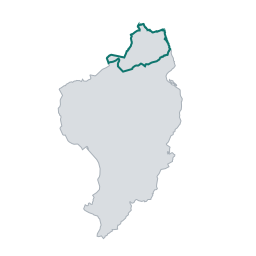 location of Sistan and Baluchestan within Iran, rotated 242°
{"feature_id": "IRN-3247", "entity_name": "Sistan and Baluchestan", "entity_type": "Province", "adm_level": 1, "iso_a3": "IRN", "parent_name": "Iran", "parent_adm1": "", "projection": "mercator", "projection_center": [61.271, 28.254], "detail": "fine", "context": "in_parent", "style": "outline", "palette": "teal", "viewbox_px": 256, "rotation_deg": 242, "n_neighbors": 0, "source": "natural_earth", "source_scale": "10m", "svg_char_len": 8098}
<svg xmlns="http://www.w3.org/2000/svg" viewBox="0 0 256 256"><g transform="rotate(242 128 128)"><path d="M130.2,77.6L132.6,77.7L137.2,76.2L137.6,75.8L139.0,72.7L140.5,71.3L143.2,69.6L145.0,69.0L151.2,69.3L151.7,68.0L152.7,67.3L159.4,67.7L160.4,68.7L160.8,70.5L166.4,72.1L167.6,72.6L168.9,73.9L170.1,74.3L171.5,73.7L172.4,74.1L173.9,73.8L178.2,75.7L178.8,77.7L179.6,78.6L180.5,79.4L184.0,81.0L185.0,81.8L187.5,85.5L194.4,85.4L194.9,86.2L194.8,87.7L195.3,91.4L194.7,92.8L195.6,94.0L195.5,96.3L195.8,97.9L195.1,100.1L194.3,100.5L194.7,102.4L194.0,104.3L194.1,105.0L193.0,106.6L192.9,107.2L190.9,108.7L192.4,110.8L190.2,111.0L188.8,113.3L189.1,116.0L188.8,117.4L189.0,118.2L189.6,118.7L192.5,119.2L192.6,119.6L189.4,123.5L189.6,125.0L191.8,132.9L191.5,136.9L191.8,140.9L199.3,142.0L200.1,143.1L200.6,145.3L200.6,146.9L200.4,147.8L192.0,157.8L196.2,162.8L196.4,163.9L198.9,168.7L201.3,171.2L205.4,172.6L207.3,174.4L209.0,174.3L208.9,176.8L209.5,181.8L209.0,184.2L210.4,184.6L212.7,184.3L213.5,184.7L213.9,185.6L213.4,186.0L213.4,188.0L212.9,188.5L212.6,190.3L209.3,190.4L206.2,191.2L205.1,191.9L204.4,193.2L203.4,193.1L203.1,193.6L200.9,194.5L200.1,198.3L199.3,199.3L198.6,204.7L198.1,204.7L197.0,205.7L190.4,203.9L189.7,202.6L189.0,202.4L188.0,203.6L184.7,202.9L183.5,203.1L182.8,202.7L181.0,202.7L179.6,201.9L175.9,202.6L173.7,201.2L171.3,200.8L168.4,200.8L166.0,199.8L164.8,200.2L164.2,199.5L160.7,198.9L159.5,196.4L159.5,195.2L158.6,193.1L158.3,190.0L157.5,187.8L156.0,185.9L151.9,184.8L149.8,185.4L148.2,186.5L145.6,187.1L143.6,189.1L142.5,189.0L137.7,191.8L136.7,191.7L133.1,189.9L131.5,189.5L128.3,189.6L126.5,188.3L126.1,187.4L121.9,185.4L119.3,183.6L118.5,181.9L117.3,180.6L114.8,179.6L113.4,178.5L109.4,178.1L106.7,175.4L106.6,174.6L105.0,171.6L104.7,169.4L104.4,168.8L103.0,167.9L102.8,167.4L103.1,166.0L101.3,165.1L101.0,164.5L101.0,162.3L96.8,157.2L95.9,154.3L95.1,154.2L91.3,156.1L90.2,155.0L86.8,153.2L86.4,152.5L87.2,152.2L88.0,152.5L88.5,152.1L88.3,151.5L87.5,151.1L86.4,151.1L86.7,151.7L85.6,152.3L85.4,153.0L85.6,155.1L85.2,155.7L83.4,156.1L82.3,156.8L81.3,156.0L81.0,154.4L80.4,153.4L79.4,153.1L78.7,152.1L77.6,151.6L77.5,146.1L74.6,146.0L74.6,141.8L75.9,137.7L73.1,134.0L71.8,131.1L71.0,130.6L69.6,130.6L64.7,126.8L62.9,125.7L60.6,125.4L60.3,124.1L60.9,122.5L59.8,120.6L59.4,120.0L58.4,119.7L58.5,118.5L57.2,118.6L54.9,115.1L54.2,114.6L55.5,112.0L54.6,109.8L55.1,108.0L56.3,108.1L56.7,105.7L58.9,103.2L60.8,102.1L61.0,101.3L60.6,100.0L59.4,98.3L59.5,96.8L59.9,96.1L61.9,95.3L62.0,95.0L61.1,94.5L57.6,94.5L55.7,92.8L53.9,92.3L52.8,88.6L52.5,88.1L51.7,88.0L51.1,87.3L50.8,84.8L49.6,83.7L48.6,79.9L48.5,79.0L48.8,78.2L46.9,76.5L46.6,74.0L47.0,73.4L44.7,71.6L43.7,71.5L43.6,71.2L45.1,67.3L45.8,66.4L44.4,65.8L44.4,63.8L44.0,62.2L44.2,60.7L43.3,59.5L43.0,58.8L43.3,57.1L42.4,56.3L41.9,54.4L45.2,53.9L45.8,51.1L47.0,49.9L49.0,51.3L51.9,55.9L53.7,57.2L54.9,58.7L61.1,60.3L62.4,59.8L64.5,59.9L67.2,57.1L68.4,56.7L71.5,53.9L75.4,51.3L77.4,50.9L80.3,54.2L78.6,55.2L78.3,56.0L78.5,56.8L79.9,57.6L80.0,58.6L79.6,59.0L77.9,59.5L77.4,60.5L79.2,61.9L80.1,63.2L81.1,63.5L82.7,65.5L85.2,65.2L85.7,70.0L87.1,73.9L89.7,75.6L96.4,76.9L97.2,77.6L98.3,79.8L100.0,81.3L105.2,84.3L111.0,85.7L114.8,85.6L128.9,82.2L130.2,82.2L128.1,83.1L128.9,83.4L130.7,83.4L131.1,83.1L131.1,82.5L130.2,77.6ZM150.4,187.6L149.6,188.8L148.4,189.8L147.4,189.5L143.6,191.0L142.6,190.9L142.5,190.4L146.7,188.7L146.8,188.3L146.6,187.4L147.9,187.7L149.4,187.0L150.7,186.8L151.3,187.3L150.4,187.6Z" fill="#d9dde1" stroke="#a8b0b8" stroke-width="1"/><path d="M198.8,142.0L199.3,142.0L199.5,142.1L199.7,142.3L200.0,142.7L200.0,142.9L200.0,143.3L200.0,143.5L200.3,144.1L200.4,144.4L200.4,144.7L200.4,144.8L200.6,145.1L200.7,145.5L200.7,145.9L200.7,146.1L200.5,146.4L200.5,146.5L200.6,147.3L200.5,147.5L200.4,147.8L199.6,148.7L198.5,150.0L197.5,151.3L196.8,152.1L195.8,153.3L195.3,153.9L194.5,154.8L193.2,156.4L192.5,157.2L192.0,157.8L192.7,158.7L193.2,159.2L193.7,159.9L194.4,160.8L195.1,161.6L195.9,162.5L196.0,162.6L196.4,162.8L196.5,163.1L196.4,163.3L196.3,163.6L196.3,163.8L196.4,164.0L196.7,164.3L196.8,164.5L196.9,164.9L196.9,165.0L197.0,165.1L197.3,165.2L197.4,165.3L197.4,165.5L197.5,165.7L197.7,165.8L197.7,166.0L197.6,166.3L197.8,166.4L197.9,166.5L198.3,167.4L198.3,167.6L198.4,167.8L198.7,168.2L198.9,168.8L199.2,169.1L200.1,169.9L200.5,170.4L201.0,171.0L201.3,171.3L201.5,171.4L202.0,171.5L202.4,171.8L202.7,171.8L203.3,171.9L203.6,172.0L204.3,172.3L205.5,172.5L205.8,172.7L205.9,172.8L206.0,173.0L206.3,173.2L206.5,173.3L206.5,173.5L207.2,174.3L207.4,174.5L208.9,174.2L209.1,174.3L209.1,174.6L209.0,175.7L208.8,176.8L209.0,177.5L209.2,178.5L209.3,179.1L209.4,179.9L209.4,180.4L209.5,181.3L209.5,181.9L209.5,182.3L209.0,183.3L209.2,183.5L209.2,183.8L209.2,184.0L208.9,184.2L209.3,184.5L209.5,184.6L209.8,184.5L210.0,184.6L210.5,184.7L211.0,184.6L211.7,184.4L211.9,184.4L212.1,184.4L212.7,184.2L212.8,184.2L212.9,184.3L213.1,184.5L213.4,184.6L213.5,184.7L213.6,184.8L213.7,185.0L214.1,185.7L213.9,185.6L213.7,185.6L213.4,185.8L213.3,186.1L213.3,186.3L213.3,187.4L213.4,187.6L213.5,187.8L213.5,188.1L213.4,188.2L213.0,188.3L212.9,188.4L212.8,188.5L212.8,190.0L212.7,190.4L212.5,190.6L212.4,190.6L212.2,190.5L212.2,190.4L211.8,190.5L211.5,190.5L211.1,190.4L210.3,190.4L209.6,190.4L209.0,190.4L208.9,190.4L208.8,190.5L208.7,190.7L208.6,190.8L208.3,190.8L208.2,190.8L207.9,190.8L207.8,191.0L207.6,191.0L206.1,191.2L205.9,191.3L205.7,191.5L205.5,191.4L205.5,191.5L205.4,191.5L205.2,191.6L204.9,191.7L204.9,191.8L204.9,192.0L204.8,192.3L204.6,192.5L204.6,192.9L204.6,193.1L204.5,193.3L204.1,193.3L203.7,193.1L203.4,193.1L203.2,193.3L203.2,193.6L202.8,193.7L202.6,193.8L202.4,193.9L202.1,194.1L201.0,194.4L200.8,194.6L200.7,194.8L200.6,195.1L200.5,195.7L200.4,196.3L200.3,196.9L200.2,197.7L200.1,198.4L200.1,198.6L199.8,198.8L199.6,198.8L199.4,198.8L199.3,199.1L199.3,199.4L199.4,199.8L199.4,200.2L199.3,200.3L199.2,200.4L199.1,200.5L199.1,201.2L199.0,202.0L198.9,203.0L198.9,203.9L198.6,204.7L198.5,204.4L198.4,204.3L198.4,204.2L198.2,204.2L198.2,204.3L198.2,204.5L198.3,204.7L198.2,204.7L197.9,204.6L197.7,204.8L197.9,204.8L198.0,204.9L198.0,205.0L197.9,205.2L197.8,205.3L197.7,205.5L197.1,205.7L197.2,205.8L197.0,206.1L195.5,205.6L195.0,205.5L195.0,205.3L194.9,205.1L193.6,204.6L192.2,204.4L190.9,204.1L190.1,204.0L189.9,203.9L190.1,203.8L189.9,203.4L189.8,202.8L189.8,202.7L189.5,202.4L189.3,202.3L189.2,202.2L189.0,202.3L188.4,202.5L188.2,202.7L188.0,202.8L188.0,203.0L188.0,203.3L188.3,203.4L188.5,203.5L188.4,203.5L188.6,203.7L188.6,203.8L188.2,203.7L187.9,203.5L187.7,203.4L187.3,203.4L187.0,203.2L186.9,202.9L186.5,202.9L186.3,203.0L186.2,203.0L186.4,203.3L186.3,203.5L186.1,203.5L185.9,203.4L185.5,203.3L185.4,203.3L185.3,203.1L185.2,203.1L184.8,203.1L184.4,203.2L183.9,203.2L183.6,203.4L183.2,203.3L182.8,202.9L182.4,202.8L181.4,202.9L181.0,202.9L180.3,202.7L179.9,202.3L179.6,202.1L179.1,202.2L178.0,202.4L177.8,202.4L177.7,202.2L178.0,202.1L178.0,201.9L177.8,201.7L177.7,201.6L177.4,201.1L177.3,200.9L177.2,200.8L177.1,200.6L177.0,200.4L176.7,200.3L176.5,200.1L176.4,199.7L176.2,199.2L174.5,197.7L174.2,197.5L174.0,197.3L174.0,197.0L174.2,196.8L174.3,196.7L174.5,196.3L174.5,195.9L174.5,195.3L174.6,195.0L174.8,194.9L174.7,194.5L174.9,194.3L175.1,193.9L175.0,193.6L174.7,193.2L174.5,192.6L174.7,192.2L175.0,191.8L175.0,191.5L174.7,191.2L174.8,190.6L175.1,189.8L174.6,188.8L173.9,188.1L173.7,187.4L173.8,186.7L173.7,186.4L173.5,185.5L173.5,184.5L174.5,180.5L174.7,179.3L174.6,175.8L175.6,174.5L175.9,173.6L175.6,173.1L174.9,172.5L174.5,172.0L175.0,171.7L176.1,171.4L178.1,170.2L178.5,169.9L178.8,169.6L178.8,169.2L178.7,168.8L178.5,168.2L178.4,167.4L178.3,166.7L178.4,166.1L179.2,164.9L179.5,163.9L179.5,163.0L179.2,160.9L178.8,160.0L178.4,159.7L178.2,159.5L178.3,158.6L180.1,150.1L180.4,150.0L187.1,148.1L187.6,148.2L187.9,148.5L188.1,148.7L188.9,148.9L190.0,149.7L191.4,151.7L192.2,152.3L193.4,152.3L193.7,152.2L193.8,151.9L193.8,151.6L193.4,149.6L193.3,148.8L193.5,146.1L193.9,144.6L194.5,143.2L194.6,141.9L194.5,141.3L196.0,141.6L197.7,141.8L198.8,142.0Z" fill="none" stroke="#0f766e" stroke-width="2"/></g></svg>